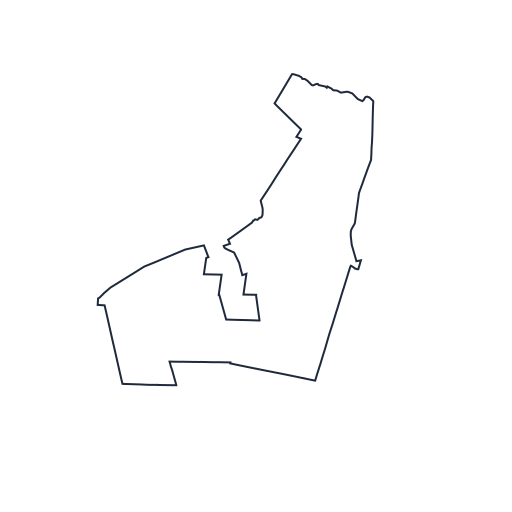 Galbenu, Braila, Romania, rotated 149°
{"feature_id": "2599482B76307381902120", "entity_name": "Galbenu", "entity_type": "district", "adm_level": 2, "iso_a3": "ROU", "parent_name": "Romania", "parent_adm1": "Braila", "projection": "equal_earth", "projection_center": [27.166, 45.19], "detail": "fine", "context": "isolated", "style": "outline", "palette": "slate", "viewbox_px": 512, "rotation_deg": 149, "n_neighbors": 0, "source": "geoboundaries", "source_scale": "gbopen_adm2", "svg_char_len": 3634}
<svg xmlns="http://www.w3.org/2000/svg" viewBox="0 0 512 512"><g transform="rotate(149 256 256)"><path d="M224.1,299.1L224.9,296.3L225.8,293.5L226.8,291.6L227.8,290.1L228.1,289.5L228.6,288.9L228.9,288.5L229.4,287.7L229.8,287.5L230.2,287.1L230.5,286.9L230.8,286.7L231.1,286.6L232.0,286.4L232.4,286.5L232.8,286.8L233.5,286.9L234.8,286.5L235.5,286.3L236.1,286.3L236.7,286.7L237.8,287.9L240.2,287.5L240.3,287.7L240.7,287.5L241.4,287.2L242.2,286.7L257.4,285.4L264.8,284.8L268.4,284.5L270.2,284.4L271.4,284.4L272.0,279.9L278.5,281.3L278.7,280.5L278.8,279.5L278.5,278.6L278.0,277.6L276.7,275.6L275.1,273.3L273.0,270.3L273.4,265.4L274.0,258.8L275.2,254.8L276.4,251.0L276.4,250.7L277.6,246.6L273.4,245.7L286.6,229.4L275.9,222.7L276.1,222.5L286.2,198.9L286.3,198.9L293.8,203.8L300.1,207.8L306.7,212.0L314.3,216.9L307.5,241.6L308.0,241.8L307.8,242.1L295.1,257.7L310.1,267.2L299.6,280.0L297.4,279.5L297.2,280.7L297.1,281.2L295.2,291.9L313.4,298.0L335.4,301.2L338.7,301.7L344.5,302.5L357.3,304.5L367.4,304.3L382.8,304.1L396.9,303.9L403.9,302.7L405.2,302.5L407.8,301.8L408.8,301.6L411.1,301.0L412.0,300.9L412.7,300.9L413.2,301.0L416.9,295.6L411.2,291.7L414.7,280.9L416.8,274.6L423.3,255.0L424.6,250.9L427.3,242.7L431.8,229.1L434.1,222.1L436.3,215.2L435.9,214.9L434.4,213.9L430.3,211.3L424.3,207.4L423.3,206.8L422.4,206.2L421.8,205.8L421.5,205.6L421.1,205.3L420.6,205.0L420.4,204.9L420.2,204.7L419.9,204.5L419.7,204.4L419.1,204.0L417.9,203.2L417.3,202.8L414.4,200.9L413.8,200.5L406.4,196.0L406.4,195.9L398.7,191.1L392.4,187.2L390.9,186.3L390.5,187.4L390.1,188.9L387.8,197.3L386.9,200.5L386.4,202.5L386.0,204.5L384.5,210.0L383.8,209.6L378.1,206.0L374.5,203.8L374.4,203.8L366.4,198.8L363.3,196.9L358.3,193.8L358.2,193.8L357.2,193.2L351.5,189.6L350.1,188.7L344.9,185.5L342.6,184.1L342.0,183.8L341.4,183.4L337.0,180.6L335.7,179.8L334.7,179.2L334.3,178.9L333.6,178.5L333.2,178.3L333.1,178.2L332.8,178.0L332.9,177.9L333.0,177.7L333.4,177.2L332.1,176.0L329.2,173.3L327.9,172.1L324.1,168.6L323.2,167.8L323.1,167.7L314.5,159.8L314.4,159.8L310.3,156.0L291.3,138.8L274.5,123.3L270.5,119.6L269.5,118.7L264.3,123.4L261.2,126.1L257.5,129.4L257.4,129.4L250.7,135.5L244.6,140.9L233.3,151.4L227.2,156.7L225.0,158.6L224.9,158.7L215.0,167.6L214.7,167.8L198.5,182.4L198.4,182.4L180.9,198.1L179.7,198.8L179.2,198.0L178.3,196.2L177.8,194.9L177.8,194.5L177.6,194.3L177.3,194.1L176.9,193.7L176.7,193.2L176.2,192.7L175.1,192.0L174.7,192.4L171.5,195.3L169.4,197.3L168.3,198.3L172.6,199.8L172.2,201.2L169.3,212.1L168.3,215.8L168.3,216.0L166.3,220.4L164.3,224.7L162.1,228.2L160.3,229.8L154.8,232.9L154.0,233.6L148.6,240.4L138.4,253.0L135.4,256.8L133.8,258.2L126.1,264.4L124.6,265.7L122.6,267.3L122.4,267.5L119.9,269.5L114.5,273.9L109.0,278.2L107.9,279.1L105.8,282.2L104.3,284.4L102.8,286.8L100.8,289.8L98.3,293.3L93.2,301.0L88.4,308.6L83.8,315.9L81.3,319.8L79.0,323.4L76.3,327.4L76.2,327.6L76.1,327.8L76.0,328.0L75.9,328.1L75.7,328.5L77.1,333.5L78.7,335.4L79.8,335.7L80.5,335.8L83.6,334.2L85.1,334.0L87.9,338.1L88.7,341.3L89.7,345.7L92.6,349.4L93.9,350.2L99.1,352.3L101.1,355.7L101.9,356.5L104.4,358.3L105.1,360.6L107.5,364.6L107.9,364.4L108.6,364.0L108.7,363.9L109.4,365.7L114.2,370.2L114.4,371.4L114.4,371.6L114.9,372.0L115.9,372.4L119.0,372.8L119.5,373.1L120.2,373.9L121.5,379.4L123.0,382.6L125.1,384.0L125.0,385.7L126.5,388.4L130.4,392.7L131.5,393.3L147.3,384.8L161.5,377.2L161.0,375.3L161.0,375.0L155.3,353.0L152.2,341.3L152.3,341.1L160.0,337.3L157.0,333.3L166.8,328.6L172.8,325.7L179.2,322.7L183.3,320.6L186.8,318.9L189.2,317.8L197.4,313.8L204.5,310.2L211.6,306.7L217.5,303.9L223.4,301.1L223.9,299.8L224.1,299.1Z" fill="none" stroke="#1e293b" stroke-width="2"/></g></svg>